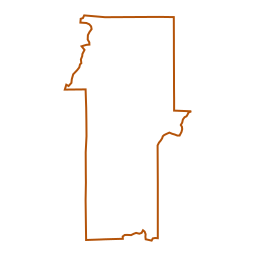 São Felipe D'Oeste, Rondônia, Brazil (Mercator projection)
{"feature_id": "56859067B20440072636343", "entity_name": "São Felipe D'Oeste", "entity_type": "district", "adm_level": 2, "iso_a3": "BRA", "parent_name": "Brazil", "parent_adm1": "Rondônia", "projection": "mercator", "projection_center": [-61.468, -11.916], "detail": "fine", "context": "isolated", "style": "outline", "palette": "amber", "viewbox_px": 256, "rotation_deg": 0, "n_neighbors": 0, "source": "geoboundaries", "source_scale": "gbopen_adm2", "svg_char_len": 1186}
<svg xmlns="http://www.w3.org/2000/svg" viewBox="0 0 256 256"><path d="M84.2,15.4L82.9,18.1L80.7,18.8L80.4,22.6L86.4,23.0L89.3,24.3L91.1,26.4L91.6,29.1L89.5,32.0L87.9,35.1L87.7,39.5L89.3,42.4L89.4,44.6L86.6,44.8L83.8,45.6L81.6,46.3L84.5,49.9L82.4,54.0L82.2,56.2L80.9,59.4L81.3,63.2L80.0,64.4L79.3,67.4L77.2,70.1L73.2,74.3L71.8,79.2L71.4,82.9L68.6,86.0L66.3,84.7L64.8,89.6L85.6,89.4L86.1,105.0L86.2,107.7L86.4,121.8L86.5,136.2L85.7,152.3L85.8,173.1L85.9,182.6L85.6,200.2L86.1,240.0L100.2,239.5L104.8,239.3L122.8,238.8L122.7,236.5L124.7,235.0L127.0,234.9L131.1,235.1L133.7,233.8L136.1,232.9L139.3,233.7L141.6,232.9L143.0,230.3L144.6,231.6L145.6,234.2L145.4,236.9L145.7,239.3L149.0,240.0L151.6,240.6L152.8,238.4L155.1,238.0L157.8,238.2L157.8,183.2L157.6,145.4L159.0,142.6L160.6,140.7L162.1,138.4L162.8,136.3L164.1,135.1L166.3,134.0L169.4,132.6L172.2,133.8L174.7,134.5L177.2,135.5L179.6,135.5L181.5,131.9L182.2,129.1L181.9,126.7L180.8,125.0L182.2,122.6L182.9,119.5L184.6,117.2L186.5,116.3L187.6,114.5L188.4,112.7L191.2,111.3L174.1,110.6L174.1,98.8L174.0,87.1L174.0,75.6L173.9,52.2L173.9,40.7L173.8,17.1L159.1,16.9L105.0,17.2L84.2,15.4Z" fill="none" stroke="#b45309" stroke-width="2"/></svg>